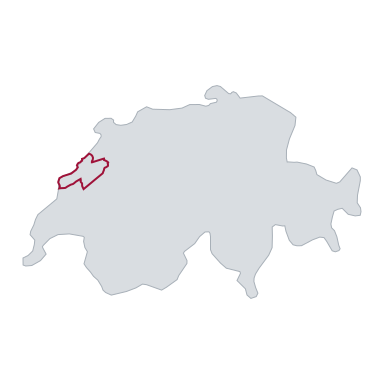 Switzerland, with Neuchâtel highlighted
{"feature_id": "CHE-161", "entity_name": "Neuchâtel", "entity_type": "Canton", "adm_level": 1, "iso_a3": "CHE", "parent_name": "Switzerland", "parent_adm1": "", "projection": "albers", "projection_center": [6.837, 47.007], "detail": "fine", "context": "in_parent", "style": "outline", "palette": "rose", "viewbox_px": 384, "rotation_deg": 0, "n_neighbors": 0, "source": "natural_earth", "source_scale": "10m", "svg_char_len": 3400}
<svg xmlns="http://www.w3.org/2000/svg" viewBox="0 0 384 384"><path d="M288.1,111.2L290.4,112.5L295.9,117.2L295.0,125.5L289.4,139.0L286.5,149.9L286.4,158.1L287.2,162.0L288.3,161.9L294.1,162.3L297.1,162.1L306.5,164.0L314.1,167.0L315.7,170.4L316.9,174.6L326.0,180.0L336.4,183.3L339.8,181.9L352.0,167.9L357.0,169.9L360.3,176.9L360.3,180.7L357.5,195.2L357.2,202.8L360.5,207.8L361.0,211.7L360.2,215.3L355.2,215.9L348.2,214.3L342.2,208.3L337.8,209.3L334.1,211.0L332.4,216.9L330.9,224.0L331.6,227.8L334.5,230.7L336.9,236.9L338.7,245.1L340.1,248.8L338.9,250.6L335.3,251.8L332.2,250.8L326.6,241.2L324.0,237.6L319.8,237.1L312.6,239.8L301.5,245.7L297.0,245.8L293.1,244.8L289.3,240.3L286.0,231.4L284.8,225.8L282.7,226.0L275.4,224.6L272.2,227.0L272.4,236.2L272.1,247.7L268.7,255.2L259.0,268.3L255.5,274.0L254.1,278.0L253.9,281.5L255.6,287.5L257.9,293.2L256.2,296.6L250.9,298.4L247.0,295.0L245.4,288.8L237.0,280.5L240.5,273.3L239.9,271.6L226.3,268.2L220.4,263.0L212.1,253.7L210.5,249.7L210.5,236.5L210.0,233.3L208.9,231.8L205.0,232.0L199.6,236.6L194.7,243.6L184.5,251.4L183.4,253.1L187.0,260.6L186.9,263.5L178.7,275.6L177.1,279.6L166.5,287.2L161.6,290.1L146.6,284.7L142.5,284.1L135.9,287.9L126.4,291.5L111.3,295.1L105.6,292.5L103.0,290.1L101.7,286.5L97.8,280.1L93.5,276.3L90.5,272.1L86.5,267.6L84.0,263.8L87.4,251.7L84.9,247.5L83.6,241.4L84.3,237.3L83.0,236.3L69.3,233.9L58.0,234.6L49.9,238.6L43.3,245.3L42.4,246.7L42.8,247.9L46.1,254.1L40.5,260.6L31.8,265.5L25.7,266.0L23.1,265.0L23.0,258.0L28.1,255.5L32.7,251.0L34.3,244.6L34.8,240.1L30.1,234.7L30.7,231.3L33.8,225.0L35.5,219.5L37.9,214.6L47.3,206.8L56.8,198.9L58.3,190.5L59.0,180.2L60.4,177.8L73.0,171.7L76.2,169.2L77.8,165.7L87.7,154.2L97.5,142.8L99.5,139.0L101.1,136.7L101.1,134.9L99.9,133.4L95.2,132.5L93.6,128.9L98.7,122.4L105.0,118.4L111.1,118.3L113.6,120.1L113.5,122.3L116.1,124.6L120.8,125.3L126.5,124.5L132.2,122.0L135.7,116.2L137.7,111.8L146.6,106.8L152.7,109.2L169.7,109.7L182.0,108.1L189.7,104.6L199.3,104.5L205.8,106.2L206.9,105.9L208.7,105.5L210.4,103.6L216.4,102.2L217.2,100.7L216.9,99.2L215.8,98.4L208.4,99.3L205.5,98.2L204.7,95.5L207.0,90.6L212.4,86.6L217.0,85.6L220.4,86.5L228.7,93.6L230.7,93.8L231.8,92.4L233.4,91.7L236.3,93.0L239.6,97.4L240.1,98.1L258.3,96.0L262.4,95.9L275.0,103.4L288.1,111.2Z" fill="#d9dde1" stroke="#a8b0b8" stroke-width="1"/><path d="M59.3,188.4L59.6,187.7L59.8,186.2L59.5,185.0L58.5,183.1L58.2,182.1L59.4,178.2L63.0,176.1L71.1,173.6L76.1,169.8L77.8,167.3L76.9,165.3L77.9,163.5L78.6,162.9L80.5,162.2L80.8,161.5L81.0,161.3L82.1,160.7L82.0,158.9L84.3,158.1L89.0,153.7L89.9,154.0L91.4,154.9L92.3,156.0L92.7,157.0L92.9,157.5L93.0,158.0L92.9,158.7L92.6,160.1L92.5,160.3L92.4,160.4L92.2,160.7L92.1,160.8L91.9,161.6L91.9,162.3L92.1,162.3L103.5,158.7L104.0,158.6L104.1,160.1L105.1,160.4L107.3,161.6L107.9,162.1L108.2,162.6L108.1,162.8L107.9,163.0L107.7,163.1L107.7,163.4L107.7,163.6L107.8,163.7L107.9,164.0L108.0,164.9L108.0,165.2L108.0,165.5L107.9,165.9L107.8,166.1L107.6,166.3L107.3,166.4L107.1,166.5L106.6,166.9L106.3,167.1L104.7,167.8L104.4,168.2L104.2,168.7L103.8,170.5L103.4,171.3L102.7,173.3L97.1,177.9L94.2,180.3L91.8,182.3L83.6,189.1L82.3,186.4L82.2,185.9L82.1,185.2L82.1,184.2L82.1,183.6L81.8,183.0L81.2,182.5L80.8,181.9L80.6,181.3L80.8,180.2L80.6,178.9L76.1,181.5L74.1,183.2L73.0,184.0L70.7,184.7L67.1,186.7L66.0,187.5L65.3,187.9L64.6,188.0L60.7,188.2L59.3,188.4Z" fill="none" stroke="#9f1239" stroke-width="2"/></svg>